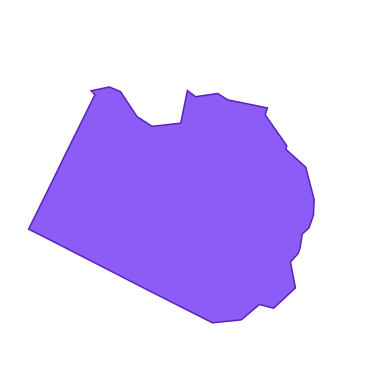 Marion, Tennessee, United States of America (Albers equal-area conic projection), rotated 26°
{"feature_id": "52423323B8492210965079", "entity_name": "Marion", "entity_type": "district", "adm_level": 2, "iso_a3": "USA", "parent_name": "United States of America", "parent_adm1": "Tennessee", "projection": "albers", "projection_center": [-85.609, 35.151], "detail": "fine", "context": "isolated", "style": "filled", "palette": "violet", "viewbox_px": 384, "rotation_deg": 26, "n_neighbors": 0, "source": "geoboundaries", "source_scale": "gbopen_adm2", "svg_char_len": 588}
<svg xmlns="http://www.w3.org/2000/svg" viewBox="0 0 384 384"><g transform="rotate(26 192 192)"><path d="M57.0,145.2L62.1,147.2L61.7,211.6L61.7,251.7L61.4,297.1L80.0,297.2L82.3,297.3L198.4,299.6L226.2,300.0L267.8,300.6L292.3,285.3L301.9,263.6L316.3,260.7L327.0,232.8L311.2,211.8L314.3,201.0L313.6,194.5L309.5,181.5L312.9,173.0L311.3,159.5L305.2,145.4L283.4,119.9L257.8,112.5L256.8,108.8L223.9,90.5L223.0,83.4L183.7,93.5L171.9,92.2L153.4,104.8L143.4,102.8L151.7,135.1L127.2,150.5L109.5,148.3L83.7,133.1L71.7,133.8L57.0,145.2Z" fill="#8b5cf6" stroke="#5b21b6" stroke-width="1.5"/></g></svg>